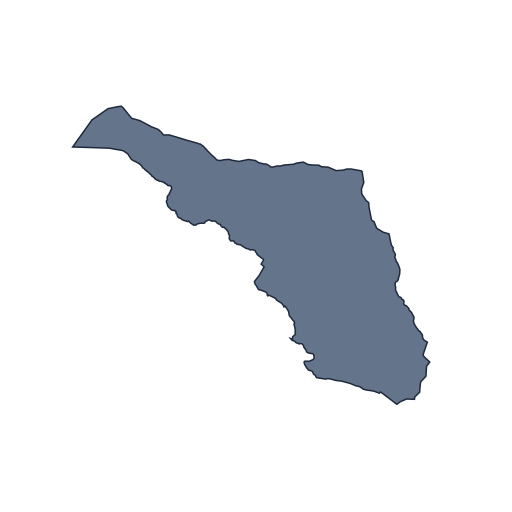 the district of San Jerónimo Tecóatl, Oaxaca, Mexico, rotated 69°
{"feature_id": "50627088B30951925299861", "entity_name": "San Jerónimo Tecóatl", "entity_type": "district", "adm_level": 2, "iso_a3": "MEX", "parent_name": "Mexico", "parent_adm1": "Oaxaca", "projection": "orthographic", "projection_center": [-96.928, 18.146], "detail": "fine", "context": "isolated", "style": "filled", "palette": "slate", "viewbox_px": 512, "rotation_deg": 69, "n_neighbors": 0, "source": "geoboundaries", "source_scale": "gbopen_adm2", "svg_char_len": 5608}
<svg xmlns="http://www.w3.org/2000/svg" viewBox="0 0 512 512"><g transform="rotate(69 256 256)"><path d="M397.8,126.9L394.9,129.2L391.7,129.8L390.2,129.1L388.6,129.0L386.8,129.7L385.9,129.6L383.6,131.0L382.3,131.2L380.7,131.8L377.0,132.5L374.7,132.6L374.0,132.4L372.5,132.2L371.9,131.5L369.8,130.4L364.2,131.1L361.2,132.4L359.8,132.1L356.8,133.3L356.4,133.4L355.1,134.9L354.9,135.0L354.2,135.2L353.4,135.2L353.0,135.1L352.7,134.8L352.1,134.4L351.4,134.1L351.0,134.0L350.5,134.0L350.0,134.3L349.5,134.5L349.2,134.7L348.9,135.1L348.5,135.4L347.9,135.4L347.2,135.4L346.6,135.6L346.2,136.0L345.9,136.6L345.5,137.0L345.0,137.2L344.1,137.4L343.5,137.4L342.9,137.5L342.0,137.7L341.2,137.6L340.6,137.5L340.1,137.7L339.4,137.9L338.6,137.9L337.6,137.8L336.9,137.6L336.1,137.2L335.8,137.0L335.3,136.8L334.8,136.8L334.0,136.7L333.1,136.6L332.4,136.3L331.8,136.0L331.1,135.6L330.7,135.2L330.4,134.8L330.2,134.2L330.1,133.5L329.9,132.9L329.5,132.1L329.0,131.6L328.8,131.4L328.7,131.4L328.2,131.3L328.0,131.2L327.7,131.0L327.5,130.6L327.1,130.4L326.1,129.7L324.6,128.6L324.1,128.2L323.6,128.0L322.9,127.7L322.1,127.4L321.3,127.0L320.5,126.6L319.9,126.5L318.5,126.3L316.8,126.3L315.3,126.3L313.8,126.4L312.4,126.6L311.5,127.0L311.2,127.1L310.2,126.9L309.6,126.8L308.1,126.8L307.7,126.9L307.0,126.9L304.5,125.3L299.6,125.9L297.7,125.3L297.6,125.0L294.0,125.7L283.0,123.9L279.4,128.7L273.3,133.4L266.2,133.5L265.1,134.5L263.5,135.2L253.3,133.4L250.1,132.8L248.2,132.1L246.4,131.7L243.8,133.3L236.0,135.0L231.3,133.6L226.0,129.0L215.1,126.7L214.2,127.2L208.9,136.0L207.4,139.8L207.0,144.0L205.0,150.6L198.9,156.8L196.2,162.8L193.8,164.7L191.1,171.1L189.3,174.5L185.3,178.2L184.0,184.0L183.7,186.3L183.9,187.9L183.0,190.7L182.2,193.7L181.1,197.2L180.8,200.8L179.5,204.1L178.9,209.0L178.1,210.3L175.4,212.0L173.6,213.8L172.7,216.0L169.7,220.2L166.7,222.3L163.2,228.4L161.6,238.0L158.2,243.8L156.1,246.6L154.7,251.3L154.2,254.5L153.2,257.0L151.9,258.4L150.5,258.8L145.6,261.3L143.4,262.3L142.2,262.8L141.6,263.0L141.2,263.3L140.6,263.6L140.2,263.8L138.8,264.0L138.5,264.2L138.1,264.5L134.9,265.7L133.4,266.7L131.5,267.9L131.3,268.5L130.0,269.9L122.9,279.4L112.0,293.4L109.8,299.0L106.8,300.0L102.9,301.8L97.9,307.3L88.0,315.9L82.8,322.8L70.1,326.9L67.8,328.2L66.9,332.3L65.4,341.3L70.1,360.3L75.9,369.0L88.5,388.1L102.8,354.2L106.0,349.0L108.3,345.1L110.1,342.3L113.9,339.6L114.8,339.1L119.5,338.1L121.0,337.8L123.2,336.2L124.5,334.8L125.5,334.0L128.2,331.8L129.2,331.3L131.7,330.2L132.9,330.3L133.7,329.5L136.3,328.3L137.4,327.8L137.9,327.2L142.4,325.0L142.7,324.8L144.1,324.6L144.8,323.9L147.1,322.8L147.6,322.7L147.8,322.6L149.6,321.4L150.1,320.5L151.3,319.7L152.9,317.0L153.9,316.1L154.4,315.3L155.1,315.3L155.6,314.5L156.9,314.1L157.2,313.4L157.9,313.2L158.5,313.1L159.1,312.1L159.2,311.2L159.6,311.2L160.6,310.2L161.2,310.3L162.3,310.4L163.0,310.9L163.8,311.2L164.0,312.0L164.8,312.5L165.7,313.6L166.3,314.3L167.6,315.3L167.7,315.8L167.9,316.5L169.2,317.9L169.9,318.1L171.4,318.4L172.6,320.0L174.3,320.3L178.2,320.4L182.7,318.4L183.9,316.7L184.4,315.5L185.0,315.5L186.0,314.7L187.7,315.4L188.2,314.9L189.1,314.8L190.1,315.0L191.0,314.9L192.3,314.5L192.5,314.4L194.1,312.7L195.7,311.9L197.1,310.4L197.6,309.7L199.4,307.5L199.3,306.3L201.9,305.3L203.2,304.3L204.4,303.5L205.1,302.7L205.6,300.8L205.0,299.7L205.2,298.2L205.4,296.5L205.9,294.8L206.5,293.8L206.7,292.5L206.8,292.2L205.7,290.8L205.4,286.9L205.8,286.5L207.7,284.6L208.5,282.2L209.3,281.3L211.8,280.2L213.1,279.0L213.8,278.1L215.1,277.9L217.0,277.2L217.9,275.5L218.6,275.2L219.1,274.9L220.6,274.2L222.3,273.6L223.2,273.3L225.2,273.6L225.8,273.7L227.4,273.4L230.2,274.8L232.8,274.3L233.1,273.6L233.8,271.5L236.5,270.9L237.1,270.1L238.0,269.7L238.4,269.4L238.6,268.9L240.1,266.4L241.3,265.6L243.5,264.0L243.9,263.7L245.3,262.6L246.6,260.7L247.5,259.9L248.3,259.2L249.0,256.6L250.6,255.0L251.2,254.9L252.6,254.8L253.9,254.2L254.9,254.5L258.3,252.5L261.8,250.3L262.9,250.8L263.6,251.8L265.4,254.1L269.0,252.3L270.5,254.2L271.6,255.5L275.2,259.9L276.7,262.3L279.3,266.7L282.1,266.9L283.1,266.5L284.9,266.2L288.4,265.6L289.0,264.6L289.1,264.3L291.5,261.6L293.2,259.7L294.7,259.0L296.8,259.5L297.5,259.2L297.0,258.2L301.3,254.1L301.9,253.5L302.7,253.0L304.7,252.5L306.0,251.5L309.4,248.9L309.8,248.8L312.5,248.1L313.5,248.2L313.3,246.8L315.9,246.1L318.8,245.6L319.5,245.5L323.8,246.3L324.2,246.1L327.6,245.0L329.7,244.4L330.3,244.2L330.9,243.7L332.7,244.2L333.2,245.0L336.5,245.3L337.3,245.5L339.1,245.9L341.2,246.8L341.8,247.1L343.0,247.1L343.4,247.5L344.4,250.6L346.6,251.8L345.4,253.3L346.6,252.9L347.3,252.4L347.7,252.5L349.3,250.6L350.0,250.3L351.1,249.8L351.4,249.2L352.1,248.9L352.3,248.5L352.8,248.0L353.6,247.1L353.7,245.6L354.5,244.5L356.5,243.8L358.6,244.0L359.4,243.6L360.0,243.6L361.1,243.3L362.0,243.0L362.8,243.2L363.5,243.1L364.5,242.7L364.8,242.1L365.7,241.4L366.1,240.7L367.5,238.2L368.0,237.7L368.8,237.5L369.9,237.8L370.3,237.7L372.1,238.4L372.8,239.3L373.2,240.2L373.3,244.4L372.4,246.1L371.7,248.3L372.1,249.0L373.3,249.4L375.4,249.3L377.0,249.1L378.5,248.8L381.4,247.8L383.4,245.1L384.6,244.7L387.0,244.6L388.8,243.3L389.9,243.4L391.3,243.0L395.9,235.1L396.2,232.8L398.2,229.5L400.6,226.4L403.4,221.1L408.7,213.8L412.2,210.1L412.8,209.5L413.1,209.2L413.2,208.7L415.3,205.9L417.8,204.1L418.5,203.9L420.4,201.4L420.7,200.9L422.1,198.4L424.4,194.4L427.9,190.4L428.3,189.9L427.6,188.4L440.6,180.3L444.9,177.7L444.6,176.5L443.8,173.7L443.7,172.4L443.5,166.6L446.6,159.4L444.5,158.3L441.8,152.0L438.5,150.5L432.6,147.5L429.1,140.4L420.1,136.3L417.3,131.8L410.0,135.3L407.9,135.3L397.8,126.9Z" fill="#64748b" stroke="#1e293b" stroke-width="1.5"/></g></svg>